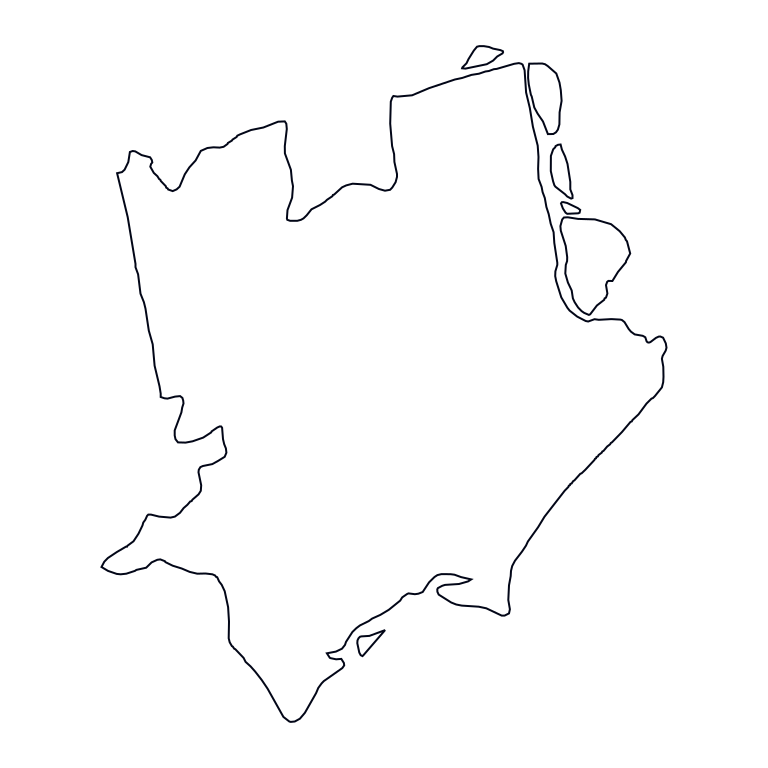 the district of Inhassunge, Zambezia, Mozambique
{"feature_id": "85939544B84899286441367", "entity_name": "Inhassunge", "entity_type": "district", "adm_level": 2, "iso_a3": "MOZ", "parent_name": "Mozambique", "parent_adm1": "Zambezia", "projection": "albers", "projection_center": [36.814, -18.065], "detail": "fine", "context": "isolated", "style": "outline", "palette": "ink", "viewbox_px": 768, "rotation_deg": 0, "n_neighbors": 0, "source": "geoboundaries", "source_scale": "gbopen_adm2", "svg_char_len": 6082}
<svg xmlns="http://www.w3.org/2000/svg" viewBox="0 0 768 768"><path d="M219.1,581.4L221.7,584.8L224.7,591.2L228.1,607.1L229.0,621.6L228.7,638.3L229.7,642.3L231.9,646.1L232.8,646.6L234.2,648.7L235.3,649.2L243.6,657.9L245.6,661.9L250.6,666.4L255.2,671.6L261.8,680.1L267.6,688.7L283.4,716.9L289.3,721.5L290.7,721.9L294.8,721.5L299.9,718.7L304.9,712.8L316.1,693.1L318.3,687.9L321.6,683.4L323.8,681.1L342.3,668.1L344.2,665.4L343.9,663.0L341.3,658.9L336.1,659.3L330.8,658.2L329.8,657.8L326.9,653.3L335.9,651.6L342.0,648.7L345.0,644.9L346.0,641.9L352.4,632.0L356.3,628.2L360.0,625.4L368.9,621.0L372.1,618.6L380.3,614.9L388.8,609.8L400.2,600.6L402.2,597.4L407.1,594.0L408.5,593.4L414.9,594.2L418.4,593.7L422.7,592.0L429.1,582.3L434.5,577.0L437.4,575.1L441.5,574.1L450.6,574.2L454.5,574.7L461.1,577.1L471.2,579.4L468.1,581.4L459.0,584.0L445.0,584.9L442.2,585.8L437.9,588.1L437.3,589.3L437.4,591.8L438.7,594.6L451.2,602.5L456.2,604.5L461.8,605.6L478.7,606.7L486.3,608.3L501.7,615.6L504.6,615.6L509.0,613.4L509.9,609.3L508.3,600.0L509.0,585.3L510.7,576.1L511.0,570.9L512.2,566.0L515.0,560.7L522.0,551.6L526.0,545.6L527.9,541.5L538.1,527.2L544.5,516.7L564.7,490.7L568.4,486.9L568.8,485.7L569.9,485.2L570.4,483.9L571.6,483.5L573.2,481.1L574.4,480.4L580.3,473.8L581.6,473.3L585.3,469.8L594.4,460.0L595.0,458.8L596.0,458.3L596.5,457.0L597.9,456.4L598.6,455.0L601.7,452.7L602.3,451.5L603.5,450.9L607.2,446.5L610.1,444.3L610.8,443.0L612.0,442.3L621.9,432.1L630.5,421.9L631.8,421.4L632.5,420.0L638.5,414.4L646.5,403.6L651.5,398.6L652.9,398.1L654.9,396.1L661.9,387.4L663.2,382.2L663.5,376.8L663.3,366.8L661.9,358.8L662.6,356.0L665.7,350.6L666.5,347.7L665.8,343.4L663.1,337.7L660.3,336.5L658.7,336.6L655.9,337.9L650.4,342.1L648.9,342.6L647.5,342.3L646.6,341.3L645.3,337.3L644.0,336.5L642.7,335.8L634.7,334.4L631.0,331.7L628.7,329.0L624.5,322.1L621.9,320.0L620.4,319.6L611.4,319.1L598.8,319.8L594.5,319.2L588.2,321.5L585.7,321.0L577.2,316.6L569.6,310.6L567.4,307.8L561.3,297.4L556.2,281.2L555.2,276.1L555.4,271.3L557.3,264.9L557.3,262.7L554.3,242.9L553.6,232.2L550.7,223.7L548.7,214.1L546.4,207.0L544.8,198.0L542.6,192.1L541.6,186.9L538.6,179.0L538.1,168.9L538.5,157.0L537.7,145.6L532.9,126.7L529.8,107.9L526.1,92.5L524.6,70.2L522.6,64.6L521.4,63.8L518.9,63.1L514.2,63.8L496.7,68.9L493.8,69.2L488.9,71.0L485.4,71.5L479.0,73.7L471.4,74.9L462.0,78.0L454.9,79.5L429.2,88.1L412.1,95.3L397.5,96.6L393.4,96.0L392.2,97.7L390.8,101.6L390.2,123.6L392.1,146.1L394.1,154.1L394.4,161.9L397.0,174.0L397.0,176.9L395.6,182.2L392.3,187.5L390.1,189.8L385.0,190.7L378.9,189.0L370.5,184.8L352.6,183.7L346.2,185.4L342.1,187.3L334.1,194.6L332.9,195.0L332.4,196.2L327.0,199.8L325.1,201.7L320.0,205.0L311.5,209.3L306.7,215.3L303.5,218.4L301.0,219.8L297.3,220.8L290.1,220.8L287.3,219.8L286.9,218.5L287.5,210.1L292.1,197.7L293.0,186.2L291.9,180.5L290.9,169.8L284.9,153.4L284.8,146.1L286.8,129.0L286.3,123.7L284.8,121.4L278.1,121.7L263.4,127.5L251.1,130.0L240.0,134.4L237.3,135.7L236.6,137.0L232.5,139.6L231.9,140.6L227.9,143.0L227.5,144.0L223.6,146.8L219.7,147.6L213.4,147.3L207.4,148.0L200.8,150.9L195.6,160.5L189.4,167.3L184.8,174.3L179.6,186.7L176.6,189.4L172.7,191.1L168.2,189.5L167.7,188.5L166.2,187.6L165.8,186.2L160.8,181.0L160.3,179.7L159.2,179.1L157.4,176.2L153.8,172.9L150.3,166.7L151.1,163.9L152.3,162.5L151.8,160.0L150.1,157.3L141.6,155.1L135.3,151.4L132.7,151.0L129.9,152.0L128.3,162.1L124.6,169.7L122.0,172.1L117.1,173.2L127.7,217.1L135.5,263.9L135.5,267.2L138.1,274.3L140.5,293.7L143.9,302.2L145.5,308.7L148.8,330.6L152.7,344.3L154.6,365.7L159.5,386.2L160.7,393.6L160.7,397.0L164.5,398.3L167.5,398.6L175.1,396.6L180.1,396.1L182.4,397.9L183.2,400.6L183.5,403.5L182.2,407.6L181.4,412.4L174.7,430.4L174.7,435.5L175.5,439.2L178.0,442.4L185.6,442.6L192.6,441.3L203.2,437.6L211.2,432.4L211.6,431.4L217.3,427.5L219.8,426.4L221.2,426.5L222.1,427.8L223.0,439.1L224.2,444.2L225.9,448.4L226.4,452.7L224.7,456.8L218.1,460.9L212.3,464.1L202.9,466.0L200.4,467.1L198.8,469.7L198.5,472.3L201.2,485.3L200.8,490.8L198.6,494.3L192.4,499.7L191.6,501.1L190.2,501.5L187.4,504.8L183.7,508.0L180.0,512.8L174.9,516.6L170.6,517.6L159.1,516.6L151.0,514.6L148.3,514.6L147.1,515.8L145.3,519.8L143.3,522.5L142.5,525.4L138.5,533.7L133.5,541.3L127.4,545.8L127.0,546.7L125.9,546.7L116.9,552.0L107.9,558.0L104.3,561.7L101.5,567.0L108.0,570.9L116.7,573.9L120.6,574.3L126.3,573.7L134.9,570.9L136.4,569.9L146.2,567.7L151.6,562.4L157.3,559.8L160.3,559.4L164.9,561.2L165.4,562.1L172.7,565.7L181.7,568.5L189.7,571.9L197.3,573.7L205.5,573.5L212.4,574.3L215.1,575.5L216.0,576.8L217.2,577.2L219.1,581.4ZM578.0,218.9L567.8,217.3L563.9,217.5L562.2,219.5L560.4,226.1L560.8,230.7L565.7,245.9L567.2,257.1L567.1,261.1L565.8,264.9L565.3,273.5L567.9,282.5L571.7,290.5L572.9,298.4L574.7,302.3L578.1,307.5L581.6,311.1L584.2,312.9L588.9,314.9L590.2,314.3L596.9,305.5L604.2,299.8L604.6,298.4L606.0,297.6L607.4,293.5L606.0,285.1L607.2,281.8L608.4,280.9L612.4,281.0L618.0,271.9L625.9,262.3L626.1,261.0L630.2,253.5L627.0,241.3L625.8,239.9L624.9,237.5L619.7,231.2L611.1,224.2L594.9,219.4L578.0,218.9ZM542.1,63.5L529.2,63.7L528.2,71.3L528.1,77.9L528.8,84.5L530.9,94.8L531.7,96.4L534.3,107.5L537.6,113.6L543.0,121.5L547.9,134.1L553.3,134.0L556.0,132.3L557.9,129.6L559.4,124.4L559.6,112.3L561.6,100.9L560.8,90.2L559.5,82.6L556.3,73.5L547.7,66.0L545.0,64.2L542.1,63.5ZM572.5,198.1L572.5,195.1L570.3,189.4L570.3,181.9L567.5,163.9L565.1,156.5L561.9,149.6L560.6,144.5L558.0,144.8L555.6,146.1L555.2,147.3L553.2,149.3L550.9,155.9L550.8,171.1L553.1,181.3L554.4,185.3L555.4,186.7L565.0,194.2L567.2,196.5L571.1,198.6L572.5,198.1ZM465.5,68.6L486.8,64.2L493.1,60.6L497.2,56.5L502.5,53.4L503.1,52.2L502.9,51.2L500.4,50.1L493.0,48.6L489.1,47.0L483.7,46.1L479.5,46.1L477.0,46.7L473.8,50.6L468.5,59.1L466.5,63.3L462.4,67.4L462.1,68.3L465.5,68.6ZM385.1,630.1L369.4,635.9L361.3,636.4L359.9,636.8L358.5,638.3L357.5,640.4L357.3,643.2L359.3,652.6L360.7,655.2L362.5,656.1L363.6,655.0L385.1,630.1ZM578.2,213.3L579.6,212.7L580.2,209.9L577.8,208.1L567.2,203.0L563.3,202.1L561.9,202.2L561.0,203.4L562.9,208.5L565.6,212.7L567.2,213.8L578.2,213.3Z" fill="none" stroke="#020617" stroke-width="2"/></svg>